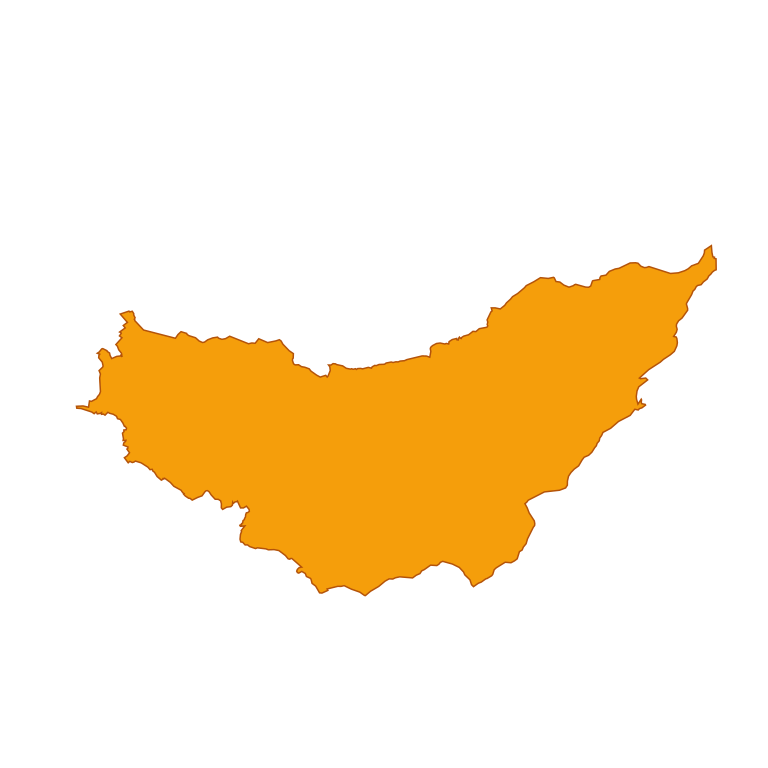 Baisoara, Cluj, Romania, rotated 195°
{"feature_id": "2599482B38927936473335", "entity_name": "Baisoara", "entity_type": "district", "adm_level": 2, "iso_a3": "ROU", "parent_name": "Romania", "parent_adm1": "Cluj", "projection": "equal_earth", "projection_center": [23.394, 46.564], "detail": "fine", "context": "isolated", "style": "filled", "palette": "amber", "viewbox_px": 768, "rotation_deg": 195, "n_neighbors": 0, "source": "geoboundaries", "source_scale": "gbopen_adm2", "svg_char_len": 6149}
<svg xmlns="http://www.w3.org/2000/svg" viewBox="0 0 768 768"><g transform="rotate(195 384 384)"><path d="M135.9,564.9L158.5,566.0L160.7,564.5L162.7,563.8L166.4,564.3L169.9,566.4L172.4,566.2L177.6,564.6L186.9,556.6L190.5,554.9L195.5,551.1L197.8,546.6L202.3,544.5L202.9,542.8L202.7,540.8L208.9,537.9L209.3,537.4L209.7,532.1L211.4,530.4L214.3,529.8L224.6,529.9L225.8,529.1L226.4,528.1L230.4,525.4L235.9,526.1L240.5,528.0L244.4,527.5L247.0,530.6L247.9,530.9L252.6,528.5L260.4,527.2L265.8,521.5L272.1,515.8L273.2,513.4L278.3,506.0L282.4,501.7L283.8,498.6L286.7,494.1L287.7,491.3L291.1,486.6L296.4,486.3L300.1,485.3L298.5,482.6L299.4,481.3L301.0,472.6L299.8,470.7L299.7,468.1L298.9,467.2L298.9,466.2L299.6,465.3L306.3,462.1L308.8,458.4L311.7,457.9L315.0,453.5L319.5,450.8L321.3,448.7L321.1,448.0L322.1,447.9L323.3,448.8L323.8,447.3L323.7,445.7L325.1,445.6L325.6,446.8L329.6,444.6L332.1,441.8L331.9,439.4L334.4,439.3L335.5,438.4L340.4,438.1L343.8,436.7L347.1,433.6L348.4,431.5L348.4,430.0L347.2,427.6L346.7,421.7L350.1,422.0L354.4,421.0L368.2,413.5L370.3,411.8L374.4,410.3L376.0,409.0L378.3,408.5L380.8,407.1L382.7,407.1L387.4,404.8L388.6,403.2L393.8,401.6L396.3,399.7L397.7,399.6L399.9,397.5L400.2,396.1L403.5,396.0L408.6,393.1L410.7,393.0L413.4,392.1L414.5,390.9L415.5,391.4L417.7,390.2L419.2,390.4L420.3,389.7L424.5,389.4L428.6,390.8L434.8,390.5L436.0,390.9L438.5,390.5L440.1,388.6L442.5,388.0L440.8,386.6L439.4,383.1L440.1,377.2L440.7,376.0L442.5,377.3L447.4,374.2L451.3,375.1L457.8,377.5L460.2,379.3L464.9,379.7L468.2,379.4L471.5,380.5L474.6,379.5L475.8,379.7L476.8,380.4L478.5,383.0L478.8,384.6L478.4,385.5L479.4,389.9L484.2,391.6L492.0,396.3L494.5,398.9L496.5,399.7L499.7,397.6L507.1,393.9L516.7,395.3L519.0,390.0L522.3,389.4L525.3,387.8L545.4,390.2L548.8,386.8L552.1,385.2L555.6,385.4L556.9,386.2L561.4,384.2L565.7,381.1L568.3,377.9L570.1,377.1L573.7,377.7L578.0,379.9L584.9,380.2L587.0,380.9L587.7,381.8L593.6,382.0L595.8,378.5L597.3,374.2L630.2,373.9L641.1,380.7L641.5,381.8L641.9,381.9L641.6,383.6L643.5,385.7L644.0,387.3L646.0,389.1L648.3,387.8L649.2,388.4L656.9,383.3L647.8,377.1L651.0,373.0L648.5,371.2L652.8,365.8L651.5,365.6L650.9,365.0L652.0,362.0L649.1,360.8L653.2,352.7L651.3,351.5L649.1,348.4L645.6,345.8L645.0,344.6L645.4,344.3L644.2,343.1L644.5,342.7L645.7,343.3L646.0,342.8L649.3,341.5L653.6,338.1L656.0,340.7L657.1,342.9L659.7,343.8L660.2,344.5L664.8,345.4L665.8,344.8L667.4,341.2L668.9,339.5L666.3,339.2L666.8,337.9L666.4,335.5L661.8,332.2L660.0,328.7L660.1,327.5L662.7,323.2L660.5,320.3L660.2,316.3L655.9,303.2L656.2,300.3L657.4,297.7L657.9,295.4L662.1,291.5L664.1,291.4L663.4,285.1L669.0,284.9L675.3,282.9L674.5,281.1L670.2,281.9L659.0,281.3L656.3,280.3L654.8,282.5L653.2,280.9L650.4,282.2L649.4,283.3L649.0,281.6L647.3,282.3L645.4,281.7L643.4,285.2L641.4,284.7L637.7,284.7L634.0,283.6L632.4,281.5L629.4,281.5L626.1,278.7L623.8,275.9L623.3,276.2L621.3,274.8L621.2,273.1L623.4,272.2L622.8,270.7L623.9,268.8L621.5,263.7L621.4,261.9L618.7,262.8L618.8,261.7L620.1,259.7L620.0,257.5L615.0,256.9L614.8,255.5L615.5,254.6L612.0,251.7L613.6,248.0L615.7,245.6L610.7,241.7L609.5,243.5L606.8,243.0L605.3,243.9L604.2,245.2L598.2,245.0L590.6,242.6L587.8,240.7L585.8,241.6L584.6,240.0L582.9,239.4L579.2,235.9L574.2,233.5L573.7,233.8L572.9,235.6L572.1,235.2L571.5,236.2L570.1,235.7L565.0,233.7L560.5,230.8L552.6,228.9L550.1,226.8L548.7,226.4L549.0,225.7L547.0,224.4L543.2,223.1L541.7,223.3L539.2,222.2L534.5,226.3L530.8,228.9L529.0,233.7L528.2,234.8L527.0,235.3L525.1,234.7L522.2,232.1L517.3,229.0L514.2,229.7L511.6,228.9L510.1,226.3L509.1,222.3L507.4,221.1L504.1,224.3L500.2,225.9L499.1,227.7L499.5,230.5L498.7,229.6L497.3,231.6L495.8,232.2L495.3,233.0L490.5,227.2L487.7,227.9L485.2,230.4L481.8,227.9L481.1,226.1L482.3,224.6L483.6,223.9L483.8,222.1L483.4,219.5L483.9,218.2L483.8,216.9L484.8,215.6L484.6,213.2L485.5,212.1L485.2,211.2L486.5,210.6L486.6,209.9L485.7,209.4L481.7,210.9L484.0,205.5L483.4,204.5L483.7,201.5L482.9,196.8L481.5,194.4L479.4,194.5L476.5,192.6L474.2,193.3L471.7,192.2L465.5,191.8L463.9,193.0L455.3,194.2L452.8,193.9L447.3,195.6L442.4,195.9L434.8,192.8L431.3,190.3L429.6,190.4L429.2,191.2L427.8,191.6L416.1,185.8L418.4,184.7L419.7,182.5L419.9,180.6L418.8,179.4L417.4,179.3L414.9,181.7L411.0,180.6L409.1,178.0L405.0,177.3L404.0,176.6L401.9,172.8L397.7,171.1L392.2,165.6L389.8,166.0L384.8,170.1L385.9,171.3L376.3,176.6L373.1,177.4L370.3,178.9L362.5,177.4L353.5,176.7L348.1,174.7L347.2,174.8L343.4,180.3L336.7,187.1L331.9,193.9L328.6,197.1L325.0,197.9L322.8,199.8L318.9,201.8L306.2,204.1L303.3,207.7L300.2,210.2L299.2,213.3L297.0,215.2L292.1,221.1L286.0,222.3L284.3,224.2L283.4,226.3L281.4,227.9L271.4,227.8L263.8,226.3L258.5,223.0L256.6,220.6L250.3,217.1L247.5,212.8L245.1,211.4L241.3,216.0L238.8,217.8L235.2,222.2L234.2,222.7L230.4,226.6L229.7,228.2L229.5,233.1L228.0,235.5L220.8,243.2L215.1,244.2L212.2,246.9L210.1,249.6L209.8,257.1L207.6,259.4L207.2,262.5L205.4,266.5L205.3,271.6L202.7,284.3L201.9,286.2L202.2,288.1L203.4,290.7L210.4,297.0L213.6,301.4L216.9,304.9L215.6,306.6L214.6,309.1L201.1,321.3L187.0,326.8L181.7,330.6L180.7,333.7L181.7,337.7L181.9,342.7L180.5,346.9L178.2,351.1L174.8,355.3L173.0,361.9L171.7,365.1L167.9,368.1L165.6,371.8L164.0,377.0L162.9,379.3L162.8,381.8L161.4,384.8L161.6,387.6L160.5,390.5L160.0,393.9L153.6,399.9L147.8,408.5L138.1,417.4L135.2,424.5L131.7,424.7L130.9,426.3L128.7,427.7L125.9,431.3L126.4,431.9L129.9,431.7L130.8,432.9L131.1,435.3L131.6,435.9L133.5,430.3L136.1,434.6L137.1,437.3L137.8,442.8L137.2,447.2L130.4,456.2L132.7,457.5L137.7,455.5L138.9,455.8L132.0,466.4L122.8,476.6L120.5,480.1L115.0,486.3L112.0,490.7L111.0,496.7L111.3,499.8L112.8,503.6L113.9,505.0L116.5,504.9L115.0,509.8L115.0,512.7L116.6,515.5L116.9,517.6L115.8,521.3L113.2,524.8L109.8,533.8L110.3,535.6L112.6,539.5L112.6,540.5L110.0,549.9L109.6,553.7L108.3,555.8L107.6,558.8L106.6,560.3L103.4,562.0L101.9,565.3L99.0,569.1L98.2,572.5L96.8,574.6L95.8,577.1L94.1,579.3L92.7,580.3L95.7,590.9L97.5,590.8L97.6,592.0L99.3,592.0L101.3,596.0L103.6,602.4L109.0,596.3L108.5,593.5L108.8,590.4L111.6,581.9L117.4,577.8L120.0,574.0L122.7,571.4L128.4,567.6L135.9,564.9Z" fill="#f59e0b" stroke="#b45309" stroke-width="1.5"/></g></svg>